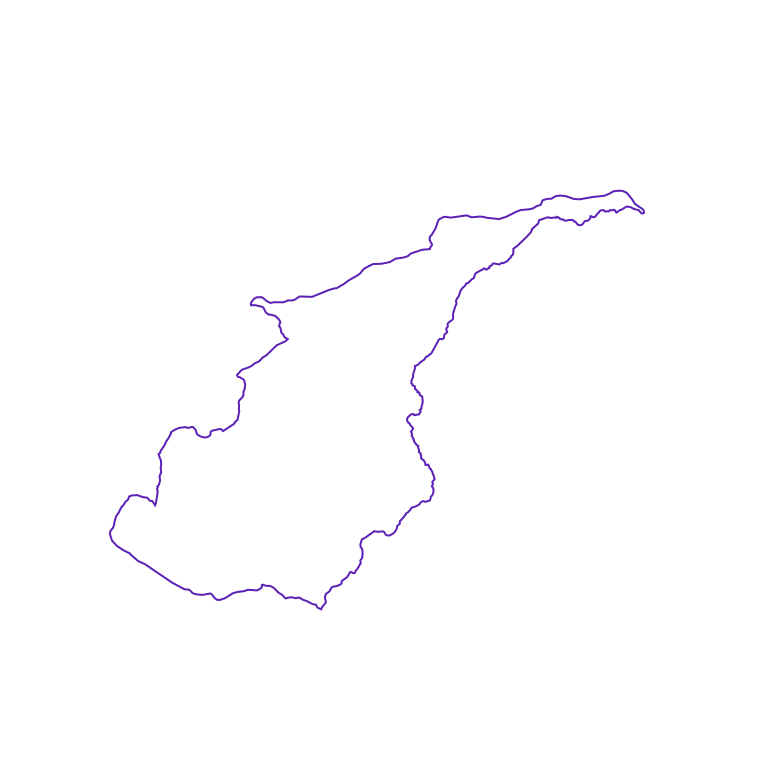 outline of La Salina, Casanare, Colombia, rotated 54°
{"feature_id": "7082276B42027668960316", "entity_name": "La Salina", "entity_type": "district", "adm_level": 2, "iso_a3": "COL", "parent_name": "Colombia", "parent_adm1": "Casanare", "projection": "natural_earth1", "projection_center": [-72.339, 6.211], "detail": "fine", "context": "isolated", "style": "outline", "palette": "violet", "viewbox_px": 768, "rotation_deg": 54, "n_neighbors": 0, "source": "geoboundaries", "source_scale": "gbopen_adm2", "svg_char_len": 6125}
<svg xmlns="http://www.w3.org/2000/svg" viewBox="0 0 768 768"><g transform="rotate(54 384 384)"><path d="M432.8,666.1L435.5,662.9L436.6,662.3L440.8,661.7L443.1,660.2L447.7,655.2L451.4,647.6L453.8,646.8L456.8,646.9L460.3,646.1L462.1,644.0L463.8,638.7L464.4,629.5L466.0,625.0L469.4,618.9L470.5,615.0L476.4,608.0L476.9,603.2L476.4,602.2L474.9,600.9L475.0,600.1L477.9,598.1L480.3,594.9L484.1,593.0L490.8,592.0L494.4,590.4L499.5,589.8L501.4,585.3L503.1,583.2L505.2,581.6L506.5,578.8L507.8,577.6L510.0,576.9L514.1,574.2L520.7,570.8L522.4,568.8L525.7,569.3L529.4,567.2L528.2,565.5L526.6,559.6L525.1,558.5L522.2,557.5L519.7,554.5L519.7,550.1L518.0,546.4L517.9,544.9L519.8,540.6L520.6,536.7L520.0,535.2L518.5,533.8L518.6,527.3L516.3,522.1L516.5,521.3L519.1,520.0L519.6,518.5L518.3,516.3L518.1,514.7L515.6,508.9L515.0,507.9L512.9,507.0L511.7,503.6L510.1,502.5L509.2,501.3L504.8,498.7L502.0,498.7L501.0,498.1L499.7,497.2L496.7,493.3L497.3,489.2L497.4,478.4L499.7,476.2L502.6,471.5L503.8,470.9L507.0,471.2L508.7,470.1L509.9,468.3L510.2,465.9L510.3,463.4L509.7,461.2L508.4,458.5L506.6,456.7L506.4,453.4L504.4,451.9L503.2,445.9L501.7,441.8L501.9,440.3L501.2,436.4L500.2,434.7L501.9,429.4L502.1,425.9L501.4,424.0L501.4,422.1L502.0,420.9L503.8,419.7L504.6,416.7L505.2,415.9L504.5,414.2L502.7,412.3L502.4,410.6L501.6,408.8L498.9,406.2L497.2,405.5L494.9,405.4L494.0,403.5L491.5,402.3L490.8,399.1L487.7,397.7L485.6,397.5L484.1,396.7L480.1,396.2L479.1,396.6L475.6,395.6L475.0,395.8L474.7,397.2L473.8,398.0L472.1,397.1L469.5,396.7L465.9,397.7L463.6,395.9L462.4,395.8L461.3,395.1L459.5,395.8L458.5,394.7L455.6,393.7L454.1,392.6L452.9,393.4L447.9,393.4L446.4,392.3L445.1,392.7L443.8,392.0L441.9,392.0L441.0,390.6L438.3,390.2L437.9,388.0L436.8,386.4L432.3,387.0L430.8,386.4L429.9,387.0L428.6,387.1L426.1,386.3L425.0,384.3L424.5,381.2L424.6,379.5L425.5,377.9L426.4,378.0L427.2,377.5L429.2,373.3L427.8,370.5L426.1,370.4L425.9,368.2L424.1,366.7L422.6,364.5L420.2,362.5L416.4,360.4L414.0,361.6L411.8,360.5L411.2,360.7L410.4,361.8L409.1,361.0L406.1,361.8L404.2,360.4L401.8,361.7L400.9,361.1L399.7,361.5L397.6,360.0L395.2,356.0L393.4,354.9L389.3,349.4L388.0,348.8L387.6,348.2L388.1,347.1L388.3,344.5L387.8,341.9L387.9,336.8L386.7,334.0L387.3,332.3L386.9,329.8L387.1,327.8L380.4,313.6L380.4,312.5L382.1,310.3L382.2,308.7L379.5,306.1L379.3,302.6L378.6,302.0L376.3,301.6L375.7,300.9L375.1,298.7L372.7,297.2L372.2,295.2L372.3,291.3L371.8,289.7L367.5,286.6L363.0,280.6L361.8,278.2L359.0,276.9L357.7,274.6L357.1,272.2L353.9,267.7L352.6,265.0L352.1,260.8L351.0,258.2L351.7,256.6L350.9,251.6L351.1,249.0L348.7,245.9L348.3,244.2L349.0,238.4L349.4,237.6L349.2,235.4L349.7,234.7L351.2,234.4L351.9,233.1L351.6,231.6L352.1,230.5L350.8,229.4L351.3,226.9L350.7,225.7L350.7,224.6L355.2,220.3L355.1,217.5L356.4,216.5L357.1,211.6L356.4,209.7L356.2,207.1L355.2,205.9L355.3,204.5L354.6,202.9L350.6,199.8L350.6,194.8L348.8,182.1L347.6,176.2L346.3,173.7L345.6,173.1L344.8,164.8L342.6,162.3L345.3,153.6L348.1,151.0L349.1,148.8L350.5,147.1L350.3,146.3L351.0,146.3L351.1,145.3L352.8,144.4L353.7,144.7L355.2,143.7L356.0,142.4L357.5,142.2L358.8,140.8L360.2,137.7L362.1,135.1L362.9,134.6L363.9,134.9L364.6,134.1L366.3,133.7L369.2,133.6L370.9,132.0L371.6,129.9L370.3,126.0L371.5,123.4L371.7,121.6L370.9,119.4L369.6,118.4L370.0,117.7L372.2,116.7L372.8,114.6L371.6,111.3L371.6,109.1L370.9,108.3L371.1,106.3L372.4,104.1L374.5,103.8L375.4,101.9L376.5,100.7L376.1,99.1L377.3,97.8L378.2,95.6L379.7,95.0L381.2,95.4L382.1,95.0L381.9,90.9L382.6,89.3L383.0,83.7L383.8,82.4L386.7,80.0L388.3,79.5L391.0,77.6L393.0,75.8L397.1,75.5L398.1,74.6L398.4,73.2L397.7,72.8L396.2,71.9L394.5,72.0L385.8,75.1L379.5,74.7L371.8,75.3L367.6,77.8L364.9,81.6L362.9,85.4L362.6,89.2L361.2,95.2L355.2,105.6L349.7,117.0L346.0,121.5L338.4,126.9L335.2,130.7L333.2,134.0L332.7,136.4L332.6,139.5L330.3,142.9L328.9,146.7L328.8,148.1L331.2,152.0L329.8,156.1L329.6,159.8L328.4,163.1L323.7,171.1L322.5,175.2L320.6,186.7L318.2,194.0L309.4,203.7L307.4,205.1L304.6,208.4L300.7,215.0L296.1,218.1L288.7,232.1L285.1,235.7L283.9,237.7L283.2,242.5L283.6,244.0L288.6,251.2L291.4,257.8L291.7,260.0L292.6,261.2L294.0,262.2L296.0,262.8L299.1,263.0L300.1,264.0L300.7,266.3L301.7,267.4L301.6,268.0L297.9,274.1L295.1,282.7L294.2,285.9L294.6,289.2L294.2,290.9L292.8,294.6L289.4,301.0L288.8,307.7L285.3,315.2L280.4,322.6L279.1,331.3L279.1,333.2L280.4,337.7L280.6,340.7L279.4,352.0L279.5,359.0L279.1,360.7L278.8,365.6L277.2,368.6L275.5,373.6L271.2,391.0L263.6,400.8L263.3,406.9L262.8,408.2L262.2,409.6L260.0,412.4L258.8,417.3L253.0,425.3L251.8,428.1L248.6,429.9L242.7,431.5L241.4,432.6L239.1,435.9L238.6,439.2L240.0,443.4L241.1,444.8L242.2,445.2L244.5,441.9L249.9,437.2L251.3,436.7L256.2,437.5L257.6,437.3L260.4,436.3L260.9,435.2L265.1,431.9L270.2,431.0L272.9,431.4L273.5,431.9L273.7,432.9L275.8,435.0L277.7,434.8L282.0,436.8L284.7,436.4L287.7,437.0L291.1,435.4L291.5,438.6L289.6,447.9L291.7,462.8L291.2,466.5L292.3,471.4L291.3,476.4L291.5,480.6L291.1,483.4L289.1,490.0L289.1,492.4L289.9,494.8L290.0,497.1L290.6,497.8L292.2,498.0L293.9,496.6L297.7,495.1L299.2,495.1L302.8,496.6L306.2,499.7L307.5,502.0L310.5,504.5L311.5,506.6L312.2,510.9L314.1,512.9L315.8,513.6L319.4,516.5L320.9,517.0L326.9,523.6L327.2,527.3L328.0,528.1L328.1,529.0L327.5,541.9L325.2,542.2L323.8,543.4L320.6,550.9L320.9,552.5L322.8,553.9L323.4,555.1L323.2,557.7L322.2,560.1L320.8,561.7L317.6,563.8L315.7,564.4L314.2,564.7L310.5,563.4L306.7,563.7L305.7,564.9L304.5,568.2L302.4,569.7L299.4,574.8L298.1,579.6L297.8,584.2L298.0,585.0L298.9,585.5L301.6,591.3L302.4,593.8L304.7,598.0L306.9,604.2L308.1,605.6L308.2,607.6L312.6,609.0L314.0,609.1L317.9,611.3L320.5,613.9L324.5,616.2L326.7,619.8L330.4,621.8L333.3,625.4L333.6,627.5L334.6,627.6L335.8,629.6L337.6,629.9L346.2,638.4L347.6,640.5L342.7,640.2L340.6,642.1L336.9,642.3L333.7,645.7L329.0,648.8L326.1,653.2L325.2,656.2L327.2,659.4L327.4,662.7L328.7,665.6L329.4,669.2L332.0,673.9L333.6,678.5L337.4,683.4L339.5,685.3L341.3,688.4L341.8,690.9L342.6,692.3L344.3,693.9L350.8,696.1L358.3,695.2L365.2,692.6L371.6,689.2L372.8,689.3L382.7,687.0L389.0,683.4L420.3,672.1L432.8,666.1Z" fill="none" stroke="#5b21b6" stroke-width="2"/></g></svg>